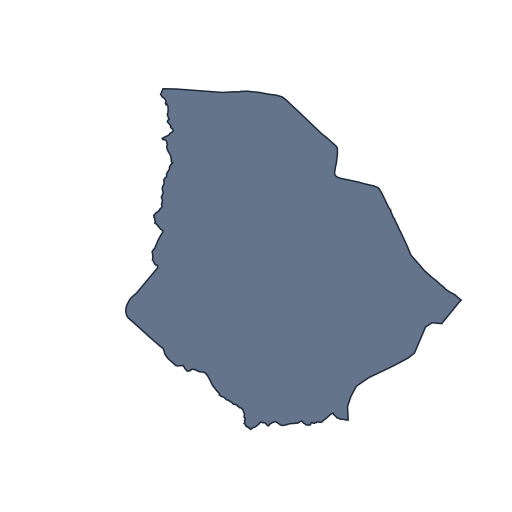 Oudalan, Oudalan, Burkina Faso (Mercator projection), rotated 43°
{"feature_id": "67063806B71789570765121", "entity_name": "Oudalan", "entity_type": "district", "adm_level": 2, "iso_a3": "BFA", "parent_name": "Burkina Faso", "parent_adm1": "Oudalan", "projection": "mercator", "projection_center": [-0.376, 14.623], "detail": "fine", "context": "isolated", "style": "filled", "palette": "slate", "viewbox_px": 512, "rotation_deg": 43, "n_neighbors": 0, "source": "geoboundaries", "source_scale": "gbopen_adm2", "svg_char_len": 6100}
<svg xmlns="http://www.w3.org/2000/svg" viewBox="0 0 512 512"><g transform="rotate(43 256 256)"><path d="M435.3,313.1L425.6,303.7L421.3,294.3L418.8,285.3L418.3,282.3L421.5,267.9L431.4,242.7L436.8,227.1L438.1,218.9L428.4,192.2L430.3,184.7L438.0,178.8L437.7,175.7L436.1,151.7L436.2,148.3L431.2,148.7L428.1,148.6L423.0,150.0L417.7,151.0L413.4,150.7L411.4,151.1L405.5,151.1L398.0,151.7L388.8,151.8L382.0,151.0L379.2,150.8L374.9,150.3L371.7,150.0L368.5,149.6L360.7,146.0L344.5,139.4L343.1,139.1L339.9,137.6L333.6,135.3L332.6,134.6L328.9,133.8L328.9,133.5L324.6,131.7L323.4,130.6L320.1,130.1L305.3,124.3L300.8,123.0L299.0,122.7L294.5,124.3L285.4,129.6L281.1,131.7L264.2,141.9L260.7,143.1L258.2,142.7L256.5,141.3L253.1,136.3L251.8,133.8L245.6,125.3L241.7,121.5L239.9,121.0L227.1,121.2L220.6,121.8L190.1,121.4L178.5,121.4L171.9,121.3L167.9,121.6L166.9,121.7L161.2,124.5L154.4,129.4L147.5,133.7L144.9,135.6L140.3,139.2L137.2,141.4L132.7,145.9L131.7,147.5L128.0,150.8L120.0,159.2L84.1,188.0L75.8,195.4L73.9,197.1L76.1,203.0L77.4,203.1L78.3,203.5L79.2,203.7L80.3,203.2L81.5,203.2L83.2,203.6L84.9,204.4L85.3,204.7L85.5,206.0L87.1,206.7L87.1,205.7L87.7,205.8L89.2,206.3L90.5,207.5L92.2,209.1L92.5,209.7L93.9,211.3L94.2,211.7L94.2,212.1L94.6,212.9L95.3,213.5L96.3,213.8L97.6,214.7L98.4,214.9L99.1,215.0L99.3,215.5L99.0,216.6L99.0,217.0L99.1,217.4L99.7,218.3L100.1,218.4L103.6,218.7L104.8,218.8L105.1,219.0L105.3,219.5L105.4,220.0L106.4,220.1L106.9,220.3L108.0,219.9L108.3,219.9L108.7,220.3L109.1,220.5L109.9,220.5L110.2,220.9L110.3,221.4L110.1,222.4L110.2,222.8L109.7,223.7L109.4,225.1L109.6,226.0L109.9,226.9L109.2,228.5L109.0,229.5L108.8,229.8L108.3,230.3L108.1,231.4L107.3,233.5L107.2,234.0L108.7,234.3L109.0,233.7L109.3,233.7L111.2,232.8L111.6,232.9L112.6,233.4L114.2,234.4L114.9,234.7L115.2,234.9L115.9,236.7L116.6,237.4L117.4,238.0L118.3,238.5L121.1,239.7L121.9,239.6L122.8,240.2L123.7,240.5L124.7,240.6L125.2,240.8L125.9,241.5L126.8,242.0L127.3,242.6L127.8,242.8L128.5,243.7L129.0,243.9L129.4,244.2L129.6,244.6L131.0,244.9L131.5,244.8L131.2,245.9L131.5,246.9L131.5,248.2L132.1,249.9L132.3,250.2L133.6,251.7L133.6,252.8L133.8,253.1L134.2,255.4L134.2,256.1L134.6,256.9L136.4,258.8L136.5,259.5L136.2,260.9L136.4,262.3L136.5,262.8L136.9,263.5L137.7,264.3L138.3,264.6L139.1,265.5L139.6,265.8L140.4,269.3L141.8,271.0L145.5,273.4L145.4,274.5L146.1,275.5L146.4,277.2L146.8,277.7L148.0,278.1L148.7,278.7L149.3,279.0L149.6,279.2L149.9,279.8L150.4,280.2L151.1,280.9L151.0,281.7L151.4,282.4L152.3,283.1L152.9,283.4L153.5,284.0L153.9,284.6L153.9,285.4L153.7,286.9L153.7,287.6L154.1,288.4L154.1,289.8L153.4,292.5L153.4,293.2L153.6,294.4L153.4,295.0L153.5,295.8L153.6,296.2L154.1,296.2L154.5,296.7L154.6,297.0L155.0,297.5L155.3,297.5L155.6,297.4L156.4,297.6L158.0,299.1L158.9,299.6L159.3,300.5L159.7,301.0L160.2,300.7L160.8,300.7L161.2,300.8L161.9,300.5L165.2,301.1L167.9,301.4L169.3,301.2L169.6,301.1L170.2,301.0L171.1,301.5L171.5,302.2L171.7,303.1L172.1,305.3L173.6,311.3L176.6,319.2L176.8,322.3L177.3,324.1L178.1,324.4L178.5,324.6L179.7,325.8L181.2,327.0L181.9,328.0L183.0,329.6L184.5,329.7L185.6,330.1L186.1,330.4L186.8,330.9L188.1,330.9L189.0,330.9L189.6,330.2L190.5,330.3L191.4,330.9L191.9,331.7L192.1,332.1L193.9,364.5L193.3,370.0L193.2,372.5L193.5,374.8L195.0,380.0L196.4,382.7L198.3,385.2L200.6,386.9L202.6,387.9L204.9,388.5L209.1,388.3L216.9,388.1L233.2,387.9L247.2,387.4L250.7,387.1L251.8,387.2L252.7,387.6L255.0,389.2L256.1,389.7L257.3,390.2L261.8,391.0L272.3,390.8L272.9,390.4L275.1,388.3L276.0,387.2L276.6,386.8L277.2,385.7L277.5,386.0L278.1,386.1L278.5,386.0L279.4,386.3L279.8,386.6L280.3,386.6L281.1,386.9L281.5,386.9L282.8,387.0L283.6,387.3L283.9,387.2L284.3,386.9L284.9,386.2L285.2,386.1L285.8,385.1L286.1,384.9L286.2,382.5L286.9,382.1L287.5,381.5L287.9,381.3L288.4,381.3L288.8,380.8L289.0,380.7L289.6,380.2L290.6,380.3L291.5,380.0L292.7,379.6L294.1,378.9L295.5,377.7L297.9,376.3L299.2,376.2L301.7,376.5L305.1,377.5L308.4,378.7L311.5,380.0L314.0,380.6L316.3,380.8L319.3,381.4L322.4,381.5L323.9,382.1L323.9,382.6L324.4,382.5L325.5,382.5L325.9,382.4L326.8,382.3L327.2,382.1L327.8,381.5L328.8,381.2L330.3,381.2L331.9,381.3L332.6,381.3L333.2,380.9L333.8,380.4L334.8,380.3L335.3,380.1L335.6,380.0L336.5,380.2L337.0,379.9L337.7,379.6L338.5,379.6L338.9,379.7L340.1,379.8L340.6,379.8L341.4,379.0L342.0,378.9L342.8,378.4L343.1,378.1L344.0,377.9L344.7,378.4L345.7,378.2L348.0,378.0L349.0,377.2L349.4,377.2L350.0,377.5L350.6,377.2L351.4,377.3L351.7,377.6L353.3,378.5L354.0,378.9L355.2,379.2L356.1,380.4L356.7,381.6L357.2,382.0L357.8,382.1L358.9,381.9L359.3,382.7L359.6,384.0L360.0,384.4L361.0,384.9L361.4,385.3L361.4,386.6L362.1,386.5L363.1,386.6L364.7,387.3L365.8,387.2L366.1,387.0L366.0,386.7L366.8,386.4L367.6,386.8L368.1,386.6L368.7,386.5L370.4,386.5L370.4,385.4L370.8,384.9L370.7,384.6L370.7,383.7L370.8,383.4L371.5,382.6L371.9,381.8L372.3,380.4L372.3,379.6L372.5,378.2L372.7,376.4L372.6,374.3L373.0,373.9L374.4,373.5L376.4,371.9L378.0,372.0L379.1,372.1L380.4,372.0L380.8,371.9L381.0,371.7L381.0,370.4L380.9,370.0L380.9,369.3L380.7,368.9L380.9,368.4L381.4,368.0L381.5,367.7L381.6,366.2L382.2,365.7L382.7,364.0L383.1,363.8L383.7,363.8L384.3,363.7L385.1,363.4L386.0,363.3L388.7,362.9L390.2,362.5L391.4,361.4L392.4,360.0L393.7,358.2L394.8,356.0L397.9,352.6L398.7,351.8L398.9,351.4L399.5,350.8L400.5,349.9L400.5,349.2L401.0,348.1L401.1,347.2L401.9,346.0L401.9,345.7L402.4,345.5L402.8,345.4L403.4,345.6L404.4,345.8L405.1,345.8L405.7,345.4L406.8,345.4L407.9,345.3L408.1,345.2L408.5,344.7L409.7,343.9L410.9,342.6L410.7,341.9L410.4,341.2L410.2,340.5L410.2,340.0L410.6,339.5L410.8,339.4L411.9,339.3L412.8,338.5L412.8,338.0L413.1,337.4L413.8,336.7L413.8,336.1L414.2,335.2L414.7,334.8L415.0,334.7L416.8,333.4L417.2,332.8L417.4,332.2L417.6,329.3L418.0,327.5L418.2,325.2L418.5,321.6L418.7,320.6L419.5,318.5L420.4,318.7L420.8,318.9L422.5,319.0L423.8,318.8L424.1,318.8L424.4,319.0L425.2,319.2L425.9,319.1L427.3,318.1L427.7,318.1L428.3,318.1L428.7,318.0L431.2,315.9L431.9,315.5L432.4,315.3L432.9,314.8L433.3,314.7L433.8,314.5L434.3,314.1L434.7,313.6L435.3,313.1Z" fill="#64748b" stroke="#1e293b" stroke-width="1.5"/></g></svg>